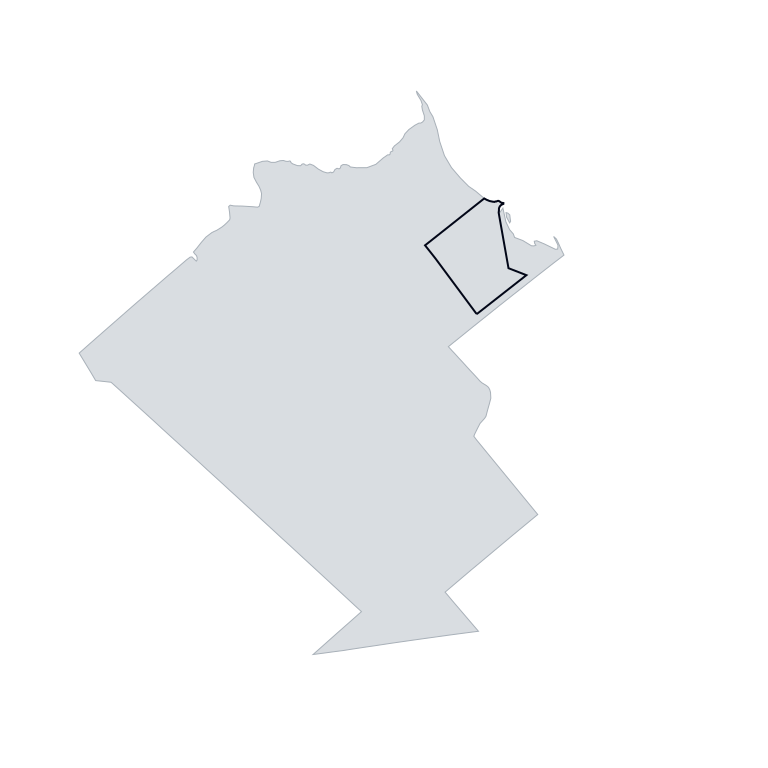 where Inchiri sits in Mauritania, rotated 142°
{"feature_id": "MRT-2786", "entity_name": "Inchiri", "entity_type": "Region", "adm_level": 1, "iso_a3": "MRT", "parent_name": "Mauritania", "parent_adm1": "", "projection": "albers", "projection_center": [-15.985, 20.073], "detail": "fine", "context": "in_parent", "style": "outline", "palette": "ink", "viewbox_px": 768, "rotation_deg": 142, "n_neighbors": 0, "source": "natural_earth", "source_scale": "10m", "svg_char_len": 3817}
<svg xmlns="http://www.w3.org/2000/svg" viewBox="0 0 768 768"><g transform="rotate(142 384 384)"><path d="M343.6,634.6L342.7,634.3L338.5,631.5L336.5,628.1L333.2,625.6L328.6,624.0L325.7,622.1L324.2,619.9L322.6,618.5L320.8,617.7L320.6,616.9L321.0,615.9L320.5,613.8L317.8,609.4L315.3,607.3L313.2,607.7L312.0,607.2L311.3,606.2L311.0,604.7L309.5,603.5L307.0,603.0L305.0,599.7L303.4,593.6L301.3,588.8L298.9,585.4L297.1,584.2L295.9,584.0L295.4,583.5L295.1,582.5L293.2,582.1L290.6,583.2L288.2,582.9L287.0,581.2L285.4,581.1L283.4,582.5L281.1,582.1L278.6,580.0L277.2,577.8L276.9,575.7L272.6,571.4L264.3,565.0L255.2,562.1L245.5,562.6L240.0,562.3L238.8,561.3L237.6,561.4L236.5,562.6L235.2,562.8L233.8,562.2L233.0,562.7L232.6,564.3L229.2,565.2L222.7,565.2L217.4,566.3L213.4,568.3L207.7,569.2L200.4,568.9L195.9,568.1L194.4,567.0L192.3,566.7L189.6,567.3L187.1,570.5L185.0,576.3L183.2,579.6L181.8,580.4L180.3,584.7L179.4,591.9L178.1,595.0L178.1,577.1L180.2,570.4L180.9,564.5L185.5,551.5L190.8,540.8L195.8,526.7L197.6,513.0L197.0,499.5L195.6,487.6L193.1,479.7L190.7,468.2L187.2,462.2L180.8,456.9L179.3,453.8L180.8,452.7L184.8,451.9L187.3,447.8L182.0,449.4L188.1,436.8L190.0,428.2L189.7,422.6L190.9,419.1L186.3,411.6L182.7,402.1L180.8,400.5L178.9,399.8L178.7,402.0L177.7,404.0L175.4,402.8L171.5,395.8L166.0,384.6L164.1,383.4L162.5,385.0L161.4,386.4L159.5,395.8L158.9,392.1L159.8,387.7L161.2,382.3L162.8,374.8L167.6,374.8L176.1,374.9L193.3,374.9L201.8,374.9L219.0,374.8L227.5,374.8L244.7,374.7L253.3,374.6L270.4,374.4L279.0,374.3L296.1,374.0L304.7,373.9L310.3,373.8L309.9,368.4L309.5,364.2L309.1,358.5L308.6,352.9L308.2,347.2L307.8,341.9L307.3,336.6L306.9,331.7L306.6,327.2L306.1,324.6L304.2,319.5L303.7,317.0L304.2,314.3L305.3,311.7L308.6,307.0L313.5,303.3L319.2,299.1L323.5,295.8L325.8,295.0L332.6,293.8L338.0,291.3L343.2,288.8L345.4,287.5L345.5,283.1L343.2,186.5L368.9,185.8L375.7,185.6L422.9,184.0L429.7,183.8L464.0,182.4L463.8,177.8L463.6,171.3L463.2,162.4L462.8,153.4L462.1,137.6L461.8,131.0L468.7,135.1L482.6,143.3L489.6,147.4L503.6,155.5L517.6,163.6L531.7,171.7L538.7,175.7L545.8,179.7L552.9,183.7L559.9,187.7L574.1,195.7L580.1,199.0L589.2,204.4L597.8,209.4L606.4,214.5L593.7,215.3L576.6,216.4L565.0,217.1L553.1,217.8L541.9,218.5L543.4,227.5L545.0,237.4L546.6,247.3L548.2,257.1L549.8,267.0L554.7,296.7L556.3,306.6L557.9,316.4L559.6,326.3L561.2,336.2L564.5,356.0L566.1,365.9L567.8,375.8L569.4,385.7L571.1,395.6L572.7,405.5L576.1,425.3L577.7,435.2L579.4,445.0L581.1,454.9L582.8,464.8L584.5,474.7L586.2,484.6L587.8,494.5L591.2,514.3L592.9,524.1L594.6,534.0L596.3,543.9L598.0,553.4L602.9,558.2L609.1,564.2L607.9,573.3L606.6,584.2L605.2,596.0L589.1,597.0L573.3,597.9L533.8,600.1L525.9,600.5L486.4,602.4L478.5,602.7L463.3,603.4L458.7,603.3L457.1,602.4L456.3,596.4L454.9,596.8L453.4,598.7L452.7,600.6L453.0,603.1L452.9,605.3L447.8,606.3L441.0,608.0L433.8,609.4L426.5,609.3L424.0,608.8L421.3,608.1L415.5,607.5L412.3,607.5L408.7,607.8L404.5,608.4L403.1,609.6L400.1,614.2L397.1,619.5L395.1,619.6L392.7,616.8L386.2,611.5L378.4,604.6L374.8,601.2L373.0,600.8L369.4,603.4L366.4,605.9L363.2,609.5L361.8,612.8L360.8,616.8L360.3,621.4L359.3,626.8L356.8,631.2L353.7,634.5L351.4,636.1L350.5,637.0L343.6,634.6ZM184.7,440.0L182.3,443.9L181.2,442.4L180.8,439.8L183.0,436.2L184.0,434.3L185.8,433.6L184.7,440.0Z" fill="#d9dde1" stroke="#a8b0b8" stroke-width="1"/><path d="M190.8,468.5L189.7,465.9L188.1,463.1L185.9,460.5L185.1,459.8L185.0,459.7L184.9,459.5L184.5,459.4L184.2,459.3L183.8,459.2L183.2,458.7L181.7,458.3L181.1,457.9L180.8,457.5L180.2,455.8L180.1,455.1L179.7,454.3L179.0,453.7L178.5,453.1L179.1,452.4L181.3,453.0L183.4,452.7L185.2,451.7L186.6,450.0L188.1,448.5L190.2,444.6L214.6,398.6L204.8,382.1L267.2,382.0L267.9,383.0L266.2,450.8L266.2,456.9L266.3,468.0L264.7,468.0L190.8,468.5Z" fill="none" stroke="#020617" stroke-width="2"/></g></svg>